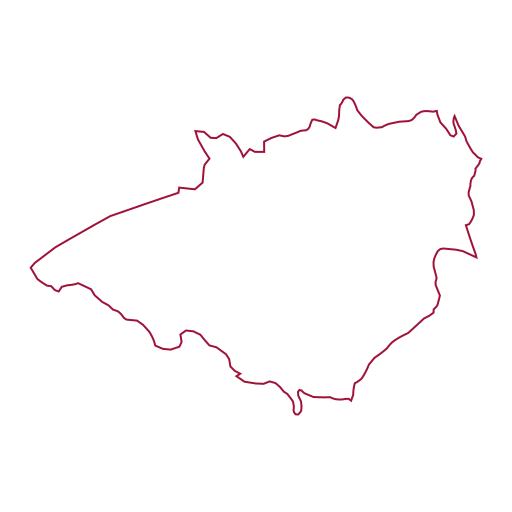 the district of Carbunari, Caras-Severin, Romania
{"feature_id": "2599482B8506832177959", "entity_name": "Carbunari", "entity_type": "district", "adm_level": 2, "iso_a3": "ROU", "parent_name": "Romania", "parent_adm1": "Caras-Severin", "projection": "natural_earth1", "projection_center": [21.763, 44.828], "detail": "fine", "context": "isolated", "style": "outline", "palette": "rose", "viewbox_px": 512, "rotation_deg": 0, "n_neighbors": 0, "source": "geoboundaries", "source_scale": "gbopen_adm2", "svg_char_len": 3890}
<svg xmlns="http://www.w3.org/2000/svg" viewBox="0 0 512 512"><path d="M351.1,400.7L353.2,394.8L353.3,391.9L353.6,389.0L354.1,386.2L354.8,383.3L356.6,382.3L358.4,381.1L360.1,379.9L361.7,378.5L363.8,375.2L365.7,371.7L367.4,368.2L368.9,364.6L374.4,357.9L377.7,355.6L380.9,353.3L383.9,350.9L386.9,348.4L388.4,346.4L390.0,344.5L391.7,342.7L393.7,341.1L397.1,338.8L400.7,336.7L404.4,334.8L408.2,333.0L424.1,318.4L429.2,315.8L433.5,312.7L433.7,309.3L436.4,306.7L437.6,304.7L439.9,295.6L435.7,285.1L435.5,281.7L436.0,280.6L436.3,279.5L436.5,278.4L436.5,277.3L433.7,266.8L433.5,262.0L434.3,258.6L435.0,256.7L435.8,254.8L436.8,252.9L437.8,251.1L440.4,249.0L443.5,248.5L456.0,249.7L462.7,251.1L476.4,257.4L475.7,254.3L473.1,247.1L470.6,239.8L468.2,232.5L465.9,225.2L469.1,224.2L470.6,222.0L471.9,219.7L473.0,217.3L473.9,214.8L473.8,210.1L471.5,201.5L468.7,195.4L468.6,192.3L470.4,185.9L470.4,184.2L470.6,182.5L470.9,180.8L471.5,179.1L472.0,178.2L472.6,177.3L473.4,176.5L474.2,175.8L475.5,170.9L475.5,168.6L479.3,163.6L479.6,162.3L480.0,161.1L480.6,160.0L481.3,158.8L477.9,157.3L472.8,152.2L470.5,148.5L466.5,141.3L465.2,136.7L458.6,125.7L454.6,116.1L454.2,117.1L453.9,118.1L453.6,119.2L453.5,120.2L453.4,121.3L453.6,123.8L454.5,126.2L455.3,128.6L456.0,131.1L456.4,133.6L453.7,136.5L450.4,135.3L446.2,128.8L440.4,122.4L437.4,114.6L436.8,110.9L433.1,111.7L430.9,111.4L428.7,111.2L426.5,111.1L424.3,111.1L421.1,111.8L416.3,114.8L415.3,116.3L414.2,117.7L412.9,119.0L411.4,120.2L408.4,121.1L399.4,121.7L390.2,123.6L388.0,124.2L385.9,125.1L383.9,126.0L381.9,127.2L376.6,127.7L373.7,127.3L373.0,126.7L370.4,124.4L367.9,122.1L365.4,119.6L363.0,117.2L361.0,115.0L357.2,110.1L356.3,107.3L355.2,104.6L354.5,103.1L353.7,101.6L353.1,100.5L352.7,100.1L352.0,99.3L351.1,98.7L350.2,98.2L349.2,97.8L348.7,97.6L345.9,97.5L343.2,99.8L342.7,101.2L341.9,102.6L341.0,104.0L339.9,105.1L339.5,107.9L339.2,110.6L339.1,113.4L339.0,116.1L338.3,119.9L335.5,128.0L327.1,123.2L321.3,121.2L319.7,120.9L318.0,120.5L316.4,120.1L314.8,119.5L312.3,119.7L311.6,121.2L310.9,122.8L310.2,124.7L309.7,126.6L309.3,127.3L308.7,128.2L308.0,129.0L307.2,129.6L306.3,130.2L300.6,130.8L296.4,132.6L288.3,135.8L284.4,136.4L279.3,135.3L271.3,138.0L264.1,141.6L264.2,151.9L255.0,151.9L249.7,149.1L243.3,156.8L240.9,151.3L235.9,143.5L229.8,136.8L222.9,134.0L216.3,138.1L210.7,137.8L204.0,131.9L195.4,131.1L197.9,139.3L204.9,151.8L209.5,158.6L204.6,164.8L203.8,168.2L202.6,182.6L194.9,189.3L179.2,187.6L178.4,192.8L161.3,198.5L144.3,204.3L127.3,210.2L110.3,216.1L96.5,223.7L82.8,231.5L69.1,239.3L55.5,247.2L34.7,263.0L30.7,267.7L37.4,279.0L39.7,280.8L42.1,282.5L44.5,284.1L47.0,285.6L51.2,286.2L54.9,290.1L58.7,291.5L61.8,286.8L67.7,285.2L70.4,285.0L73.1,284.6L75.7,284.0L78.2,283.2L91.1,289.3L94.7,295.3L102.3,302.0L108.6,305.4L113.0,309.6L117.7,311.2L119.5,312.6L121.1,314.2L122.5,315.9L123.7,317.7L126.5,319.6L137.0,320.6L143.1,324.9L149.4,331.9L150.3,333.4L151.9,336.3L153.3,339.3L154.4,342.4L155.3,345.6L163.0,348.9L170.7,349.6L179.4,346.7L181.6,342.0L180.4,334.5L186.0,330.5L193.3,331.3L200.5,334.8L202.6,337.5L204.8,340.2L207.1,342.8L209.4,345.4L216.5,347.3L226.1,354.3L229.2,359.2L230.4,366.5L234.8,370.9L240.2,373.7L236.5,376.2L244.5,381.7L255.8,383.5L263.6,383.8L269.7,381.4L275.5,383.1L279.8,386.8L284.0,391.8L287.3,393.9L292.2,400.3L292.8,401.3L293.2,402.4L293.4,403.2L293.5,404.2L293.7,405.5L293.8,406.7L293.8,407.9L293.7,409.1L293.5,410.2L294.1,412.4L295.6,414.3L298.1,414.5L299.0,413.7L299.8,412.7L300.6,411.8L301.2,410.7L301.4,408.4L301.5,406.2L301.3,403.9L301.0,401.6L300.9,401.2L298.3,395.7L298.0,391.9L299.4,390.0L301.6,390.5L302.2,391.3L303.0,392.0L303.8,392.7L304.6,393.3L313.4,397.0L317.6,397.2L321.8,397.3L326.0,397.3L330.2,397.2L331.4,397.8L332.6,398.3L333.9,398.7L335.2,399.1L336.5,399.3L337.7,399.4L339.7,399.5L341.0,399.5L343.3,399.3L345.5,398.9L348.8,398.9L351.1,400.7Z" fill="none" stroke="#9f1239" stroke-width="2"/></svg>